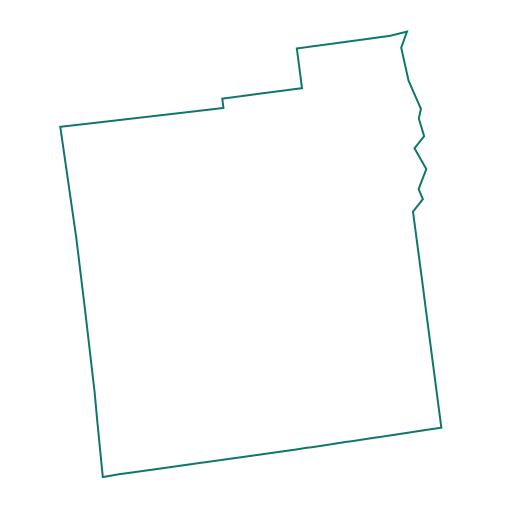 Cass, Missouri, United States of America, rotated 261°
{"feature_id": "52423323B27158258855526", "entity_name": "Cass", "entity_type": "district", "adm_level": 2, "iso_a3": "USA", "parent_name": "United States of America", "parent_adm1": "Missouri", "projection": "albers", "projection_center": [-94.412, 38.646], "detail": "fine", "context": "isolated", "style": "outline", "palette": "teal", "viewbox_px": 512, "rotation_deg": 261, "n_neighbors": 0, "source": "geoboundaries", "source_scale": "gbopen_adm2", "svg_char_len": 710}
<svg xmlns="http://www.w3.org/2000/svg" viewBox="0 0 512 512"><g transform="rotate(261 256 256)"><path d="M60.3,171.1L58.6,266.2L58.7,275.8L58.4,280.0L58.3,290.3L58.3,317.3L58.1,320.6L58.0,345.4L57.9,347.1L57.9,347.4L57.7,374.1L57.6,399.2L57.5,406.0L57.5,407.1L57.4,412.2L191.3,415.8L192.8,415.9L275.3,418.0L286.0,429.7L296.7,427.1L315.2,437.8L337.6,429.4L348.0,440.8L366.3,438.3L375.5,441.9L405.4,434.1L439.0,432.0L454.0,440.2L452.5,422.7L454.6,328.8L414.6,327.7L415.7,287.4L416.7,247.3L407.3,247.0L414.2,82.9L306.8,81.4L303.6,81.4L228.9,78.7L212.0,78.0L146.7,75.3L117.8,73.4L61.6,70.1L61.9,88.2L61.8,90.0L61.5,103.5L60.4,167.1L60.4,168.7L60.3,171.1Z" fill="none" stroke="#0f766e" stroke-width="2"/></g></svg>